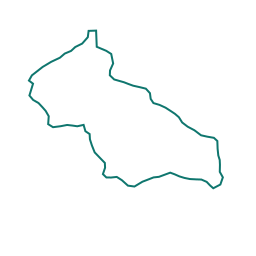 Albertina, Minas Gerais, Brazil, rotated 44°
{"feature_id": "56859067B51905321176706", "entity_name": "Albertina", "entity_type": "district", "adm_level": 2, "iso_a3": "BRA", "parent_name": "Brazil", "parent_adm1": "Minas Gerais", "projection": "equal_earth", "projection_center": [-46.609, -22.199], "detail": "fine", "context": "isolated", "style": "outline", "palette": "teal", "viewbox_px": 256, "rotation_deg": 44, "n_neighbors": 0, "source": "geoboundaries", "source_scale": "gbopen_adm2", "svg_char_len": 1208}
<svg xmlns="http://www.w3.org/2000/svg" viewBox="0 0 256 256"><g transform="rotate(44 128 128)"><path d="M233.7,104.5L230.5,97.6L224.5,95.8L219.7,90.6L216.2,87.3L212.0,85.0L206.9,80.7L201.3,75.3L196.6,75.4L191.0,79.2L185.6,82.5L177.3,83.5L170.0,85.6L163.1,86.4L157.1,84.9L151.9,85.2L146.5,86.2L140.9,87.3L134.6,89.5L129.0,92.4L124.1,91.3L119.6,87.7L113.5,87.3L108.2,90.4L102.3,94.0L97.6,96.1L93.3,97.9L89.0,100.2L84.3,102.7L78.3,102.7L75.1,99.1L72.5,91.9L64.5,86.4L58.7,87.6L49.1,91.3L37.4,80.1L32.2,85.5L36.0,90.6L36.4,99.1L33.8,106.4L33.5,112.1L30.8,118.4L30.2,124.7L26.8,133.7L24.2,143.3L22.3,156.9L23.8,162.7L28.9,162.1L31.3,166.8L34.5,173.1L40.3,173.7L46.3,172.2L52.2,172.5L56.9,172.9L62.8,174.6L67.9,180.7L73.5,179.5L78.3,173.5L82.1,168.1L86.4,164.8L90.3,162.0L93.9,156.6L99.6,159.9L104.6,159.0L108.5,162.6L114.1,165.6L121.0,168.7L129.3,169.0L135.6,169.2L139.1,172.5L142.0,178.6L146.8,178.6L150.3,175.3L153.9,171.0L159.8,169.8L168.0,169.5L173.3,165.6L175.7,156.6L178.6,150.4L180.7,145.8L184.2,141.6L186.7,136.4L189.4,130.8L193.7,128.9L198.6,127.1L203.3,124.7L208.0,121.7L212.6,117.7L216.6,114.1L222.0,112.1L226.9,112.3L231.2,112.1L233.7,104.5Z" fill="none" stroke="#0f766e" stroke-width="2"/></g></svg>